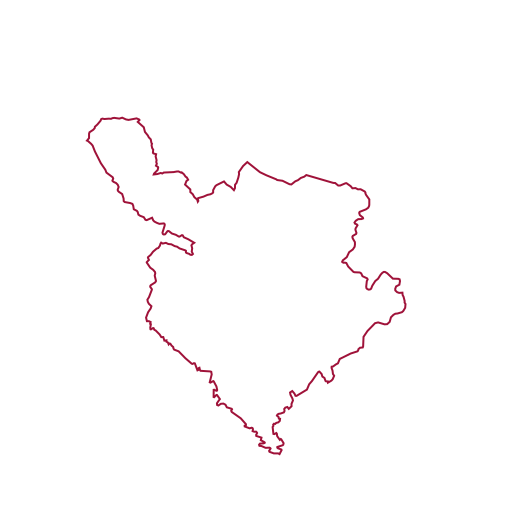 Pindal, Loja, Ecuador, rotated 245°
{"feature_id": "8360857B50209341108464", "entity_name": "Pindal", "entity_type": "district", "adm_level": 2, "iso_a3": "ECU", "parent_name": "Ecuador", "parent_adm1": "Loja", "projection": "mercator", "projection_center": [-80.129, -4.101], "detail": "fine", "context": "isolated", "style": "outline", "palette": "rose", "viewbox_px": 512, "rotation_deg": 245, "n_neighbors": 0, "source": "geoboundaries", "source_scale": "gbopen_adm2", "svg_char_len": 6113}
<svg xmlns="http://www.w3.org/2000/svg" viewBox="0 0 512 512"><g transform="rotate(245 256 256)"><path d="M445.5,173.6L444.3,172.3L442.2,167.8L441.2,164.6L440.1,163.9L439.2,161.9L438.5,157.4L437.4,156.4L433.4,154.5L432.0,151.6L431.2,152.3L427.3,154.0L425.1,154.6L418.9,154.2L405.7,154.6L397.8,155.9L394.8,155.7L387.9,159.4L386.5,159.3L385.0,157.7L384.5,157.7L383.3,158.3L381.3,160.0L379.1,160.8L376.6,160.7L374.6,158.7L373.6,158.4L372.2,158.8L368.7,160.9L364.1,160.3L361.6,159.3L360.4,159.8L357.2,164.3L355.5,166.0L353.6,166.0L350.0,165.0L347.3,167.1L345.9,167.4L343.2,166.9L341.4,168.0L338.6,170.7L335.5,171.1L334.7,172.1L334.6,178.0L331.7,177.9L330.1,178.5L328.0,180.1L326.0,182.0L324.5,186.2L324.0,186.6L323.1,186.6L322.2,186.1L316.7,181.1L315.4,180.9L314.9,181.1L314.4,181.6L314.1,182.9L315.8,186.0L315.9,186.8L315.3,187.6L311.9,189.3L309.1,192.3L306.3,194.2L305.9,194.9L306.2,197.7L305.7,198.3L303.5,198.5L299.8,201.7L294.1,205.6L293.7,203.3L293.0,202.0L289.9,201.4L287.1,199.6L284.5,199.7L284.1,198.3L284.9,197.0L286.1,196.4L288.1,194.3L288.8,194.0L290.4,194.7L291.1,194.2L295.2,189.9L297.8,188.4L299.3,186.5L302.4,184.2L303.9,181.6L306.0,179.9L306.7,176.7L308.2,175.7L307.6,174.7L306.0,173.3L304.5,170.8L304.7,169.2L303.4,164.5L301.5,161.0L300.6,157.7L300.1,157.3L297.7,157.3L296.6,154.4L296.3,154.2L290.1,155.2L286.9,157.0L284.2,157.7L282.9,157.4L281.0,155.9L275.6,154.8L274.7,153.5L274.0,148.3L273.6,147.6L272.8,147.1L269.9,147.6L269.3,147.2L263.9,141.6L262.3,139.1L260.3,138.6L258.0,138.7L254.7,140.0L253.0,138.4L250.6,134.4L246.6,130.3L243.0,129.6L242.2,131.4L240.7,132.6L239.3,131.4L238.6,131.9L235.8,129.9L234.2,129.4L233.9,129.7L234.2,132.2L233.9,132.7L232.0,132.7L230.9,133.6L225.6,135.5L222.5,135.9L221.7,137.7L218.0,137.2L217.4,139.2L216.3,138.6L214.8,139.6L212.8,139.5L213.3,140.6L212.7,141.3L210.5,141.6L208.5,142.5L206.9,142.1L205.7,142.3L202.3,145.6L193.2,148.8L185.6,152.2L185.0,152.9L185.1,154.5L184.5,155.2L177.1,154.6L177.1,155.4L178.6,156.6L178.6,157.5L176.3,157.0L175.4,157.2L170.8,165.6L170.0,166.5L167.4,165.8L161.1,160.7L160.5,161.2L160.7,164.4L160.2,164.7L154.5,165.0L151.0,164.2L150.5,163.8L150.6,163.1L152.5,161.6L152.6,161.1L146.1,158.0L145.7,158.4L146.8,161.4L146.5,161.9L141.6,162.8L139.4,158.9L138.9,158.3L137.4,157.8L136.4,158.7L136.9,161.7L136.0,164.1L134.1,165.5L131.2,165.6L127.8,169.4L127.2,169.5L126.2,168.1L124.9,168.1L115.3,173.6L107.8,175.8L106.9,175.3L107.0,174.0L106.3,173.7L102.5,177.4L102.2,179.5L101.6,180.1L100.4,180.1L98.7,178.9L97.5,180.1L96.8,181.8L95.7,182.2L95.1,182.2L93.8,180.5L92.8,180.2L89.1,184.2L87.0,182.5L84.1,184.7L83.3,185.1L82.9,184.8L83.0,183.7L84.3,180.2L83.6,179.0L82.5,178.9L81.5,180.6L78.1,183.6L76.6,187.2L75.8,187.8L75.3,187.8L73.8,185.5L72.8,185.5L69.6,188.7L67.7,192.7L66.5,193.6L69.3,197.2L69.9,197.2L72.5,194.6L73.3,194.3L73.9,194.6L73.2,200.3L73.5,201.0L74.7,201.9L79.2,201.4L79.7,201.1L79.3,199.9L83.0,199.2L84.0,199.1L86.1,199.8L87.0,199.6L86.8,197.4L87.4,196.6L94.0,198.8L94.7,200.0L95.9,200.3L96.4,201.4L95.7,202.4L96.2,203.8L95.8,205.9L96.5,207.9L98.3,209.0L99.0,208.0L100.6,208.4L102.5,207.5L103.2,208.4L103.4,209.7L102.8,211.9L102.5,215.2L103.5,216.4L105.4,216.9L106.2,218.5L105.9,220.6L103.6,221.1L104.8,224.7L107.0,225.7L109.4,228.4L111.5,228.8L115.6,228.6L117.9,229.2L118.3,231.8L115.1,232.7L112.6,232.7L112.1,233.7L113.4,245.7L117.3,250.0L119.0,253.8L124.5,263.2L124.6,264.2L124.5,264.6L121.3,265.6L118.7,265.2L116.6,266.5L113.4,266.2L112.7,266.6L112.0,268.1L110.8,267.7L111.2,271.7L111.9,273.4L114.4,276.2L116.6,275.9L119.7,276.9L122.7,277.2L123.7,277.8L123.3,279.1L124.0,282.7L124.1,284.9L127.3,288.4L127.6,300.6L126.7,307.7L127.1,308.5L128.3,309.5L128.9,311.5L128.0,314.1L128.8,314.9L137.3,319.3L140.9,325.3L144.8,335.5L144.2,338.6L139.7,343.7L138.8,346.1L139.8,349.3L143.4,352.4L144.6,355.7L144.8,357.9L144.1,359.9L143.4,364.5L143.9,366.2L146.0,369.3L149.3,371.2L151.0,371.0L152.4,371.7L156.7,372.5L158.7,372.4L160.9,373.2L162.1,370.1L163.6,368.6L165.9,367.7L167.4,368.3L169.2,370.1L169.4,373.8L172.4,375.9L174.2,376.3L175.2,375.3L177.6,370.5L185.0,367.6L187.0,366.2L187.6,365.0L187.3,363.2L186.4,361.1L183.8,357.0L182.9,353.5L179.9,348.8L177.7,346.5L177.5,345.2L177.9,343.9L179.0,342.9L180.2,342.5L181.6,342.9L186.4,345.8L187.6,347.3L188.7,347.3L192.7,344.0L195.8,344.0L197.2,343.1L199.6,338.5L200.4,337.6L207.5,335.1L211.5,334.9L212.4,333.8L213.0,332.3L214.3,331.6L215.4,332.9L216.6,337.8L220.1,342.0L221.0,346.5L222.7,349.3L224.7,350.6L226.8,351.5L231.1,351.1L232.6,351.4L233.3,352.2L233.7,356.1L234.5,356.8L237.8,357.2L238.9,357.9L241.0,361.0L241.9,360.8L243.5,359.4L244.7,359.4L245.8,361.4L246.2,364.2L244.9,367.2L244.8,368.9L245.7,369.1L249.2,367.4L251.4,367.7L252.2,368.6L251.8,375.3L252.3,378.1L253.6,379.7L254.7,380.4L259.4,382.6L264.8,381.6L266.4,381.6L267.3,382.0L268.5,381.8L272.2,379.1L273.4,376.5L275.5,374.9L276.6,372.0L279.3,371.3L283.7,368.8L284.1,367.9L284.3,362.1L285.1,360.3L288.7,358.6L289.6,356.9L308.1,335.8L307.5,333.3L307.8,329.6L307.0,326.1L307.1,323.2L305.9,318.3L306.9,316.7L313.0,311.8L315.9,307.3L317.0,306.7L324.8,299.5L330.3,295.0L344.8,287.8L343.0,282.3L339.3,275.9L337.4,275.3L334.4,273.0L330.5,269.3L329.4,267.1L326.4,265.6L325.0,263.8L329.3,262.3L333.1,259.6L337.1,258.5L336.9,250.1L336.4,248.5L333.8,245.0L331.7,244.0L331.3,243.1L331.2,240.8L331.9,237.8L332.0,233.5L332.9,228.0L332.4,227.4L330.3,227.0L329.8,226.2L332.0,226.5L335.4,225.0L338.7,224.8L341.7,223.5L344.1,224.6L350.7,221.9L353.3,224.6L353.8,226.7L356.4,226.5L357.7,225.7L360.6,225.2L363.2,224.0L363.1,223.4L365.4,221.5L366.0,220.1L366.9,216.7L370.6,207.7L370.4,205.9L371.5,204.8L372.0,201.2L373.1,197.8L373.8,198.5L375.5,203.2L377.4,204.7L378.0,204.8L380.1,203.5L381.5,205.1L383.3,205.3L384.9,206.4L388.6,207.1L390.5,208.5L392.3,206.4L393.1,206.2L395.9,207.8L397.3,207.5L398.6,207.7L400.6,208.2L401.7,209.2L402.7,209.0L406.2,209.9L408.8,209.0L411.0,208.9L415.4,207.8L420.1,208.7L427.5,205.5L428.5,207.9L429.1,207.8L431.2,205.9L433.2,198.0L434.7,195.9L437.9,193.2L438.3,190.2L441.1,185.9L441.6,184.2L441.6,182.6L442.7,180.6L444.2,176.5L445.4,174.9L445.5,173.6Z" fill="none" stroke="#9f1239" stroke-width="2"/></g></svg>